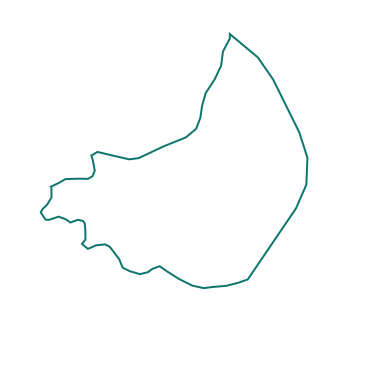 the Statistical Region of Tetovo, rotated 143°
{"feature_id": "MKD-2958", "entity_name": "Tetovo", "entity_type": "Statistical Region", "adm_level": 1, "iso_a3": "MKD", "parent_name": "North Macedonia", "parent_adm1": "", "projection": "albers", "projection_center": [20.942, 42.029], "detail": "fine", "context": "isolated", "style": "outline", "palette": "teal", "viewbox_px": 384, "rotation_deg": 143, "n_neighbors": 0, "source": "natural_earth", "source_scale": "10m", "svg_char_len": 981}
<svg xmlns="http://www.w3.org/2000/svg" viewBox="0 0 384 384"><g transform="rotate(143 192 192)"><path d="M96.2,129.1L118.6,116.4L200.1,88.6L210.1,91.8L221.2,96.5L232.3,103.5L240.5,108.2L248.0,116.9L255.0,131.0L259.7,143.6L262.5,152.2L270.1,154.5L275.4,154.5L283.0,157.7L289.4,166.3L292.9,173.4L290.6,182.0L290.6,189.1L290.6,197.7L292.9,202.4L300.5,207.1L307.5,208.7L309.4,209.3L311.1,216.8L305.8,218.1L301.1,224.4L296.5,231.5L296.5,234.6L299.9,238.5L307.5,240.8L309.3,246.3L313.4,252.6L322.7,255.7L325.6,258.1L325.1,266.7L321.6,268.3L315.2,269.1L307.5,272.2L301.1,280.9L301.2,281.1L292.4,279.3L285.4,278.5L274.3,270.7L267.3,265.2L262.0,264.4L256.8,267.6L252.1,277.0L250.4,281.7L247.0,281.3L243.4,280.9L231.7,266.8L222.4,255.8L214.1,251.1L187.4,245.6L164.0,239.3L150.6,240.0L140.6,246.3L131.9,254.9L121.4,262.8L106.2,268.3L92.8,275.3L82.8,285.5L69.5,291.8L66.7,295.4L58.4,259.7L59.5,233.0L70.4,175.2L79.2,149.9L96.2,129.1Z" fill="none" stroke="#0f766e" stroke-width="2"/></g></svg>